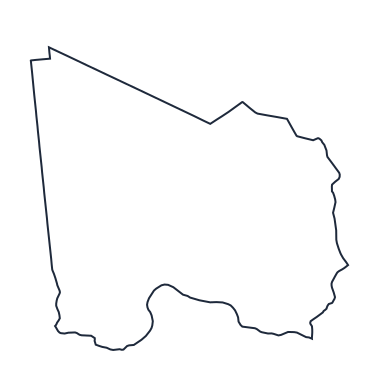 Libya, Natural Earth projection, rotated 175°
{"feature_id": "LBY", "entity_name": "Libya", "entity_type": "country or territory", "adm_level": 0, "iso_a3": "LBY", "parent_name": "Africa", "parent_adm1": "", "projection": "natural_earth1", "projection_center": [17.634, 26.339], "detail": "fine", "context": "isolated", "style": "outline", "palette": "slate", "viewbox_px": 384, "rotation_deg": 175, "n_neighbors": 0, "source": "natural_earth", "source_scale": "50m", "svg_char_len": 2999}
<svg xmlns="http://www.w3.org/2000/svg" viewBox="0 0 384 384"><g transform="rotate(175 192 192)"><path d="M46.9,103.0L49.2,101.8L52.4,100.4L54.0,99.4L54.8,98.5L57.2,95.0L58.5,93.0L60.3,90.3L61.0,88.5L61.1,86.7L60.9,84.6L59.6,79.6L58.7,74.8L59.5,72.9L60.2,72.0L61.7,69.7L62.3,69.2L65.5,68.5L66.8,67.0L67.8,65.1L68.1,64.1L69.5,63.0L71.2,62.0L72.2,60.6L75.6,58.5L78.7,56.6L82.3,54.6L85.0,53.0L85.6,51.6L85.6,50.5L84.2,47.8L84.2,44.6L84.4,41.9L84.6,40.4L85.3,36.0L85.3,35.4L88.1,36.9L91.0,37.5L99.7,42.8L102.4,43.5L108.5,44.2L115.7,41.9L118.4,41.6L123.1,43.6L125.1,44.2L128.6,44.4L134.6,46.2L136.1,46.9L139.5,49.9L141.2,50.8L153.6,53.5L155.2,55.3L156.9,58.8L157.0,63.1L157.9,66.3L159.4,70.3L161.3,73.2L163.3,75.6L165.7,77.1L171.1,79.3L177.3,80.2L183.5,80.5L194.1,83.5L203.1,87.0L205.4,88.8L209.9,90.5L218.9,98.8L223.9,101.6L227.4,102.2L230.6,101.7L236.2,98.8L238.5,97.1L244.1,89.9L245.9,86.2L246.6,83.6L246.4,80.9L245.7,78.5L244.1,76.0L243.0,72.6L242.3,66.7L243.2,62.5L244.2,60.0L245.9,57.5L250.5,52.6L255.2,49.2L263.3,44.7L268.1,44.7L270.1,44.2L274.0,41.0L275.6,40.9L277.8,41.7L284.3,41.5L287.1,42.3L290.6,44.3L294.9,45.5L298.0,46.8L301.2,48.3L302.0,52.2L301.7,53.4L301.6,54.9L305.0,57.6L314.6,58.9L316.5,59.6L319.1,61.6L320.8,62.3L327.4,62.6L331.2,62.1L334.9,62.8L336.2,63.5L337.6,65.2L339.4,69.1L340.1,70.4L339.4,71.0L338.4,72.4L337.8,73.6L336.1,75.6L334.7,77.7L334.8,80.8L335.2,84.0L336.3,87.1L337.2,90.5L337.0,92.7L336.3,95.5L335.5,97.8L332.7,102.5L332.3,103.7L332.5,105.3L334.3,110.9L334.5,112.6L335.6,118.1L336.7,122.6L337.8,126.0L338.0,127.0L338.1,132.1L338.1,137.3L338.2,142.4L338.3,147.6L338.4,152.7L338.5,157.9L338.6,163.0L338.7,168.1L338.8,173.3L338.8,178.4L338.9,183.6L339.0,188.7L339.1,193.8L339.2,199.0L339.3,204.1L339.3,209.3L339.4,214.4L339.5,219.5L339.6,224.7L339.6,229.8L339.7,235.0L339.8,240.1L339.9,245.2L340.0,250.4L340.0,255.5L340.1,260.6L340.2,265.8L340.2,270.9L340.3,276.1L340.4,281.2L340.4,286.3L340.5,291.5L340.7,302.8L340.8,314.2L340.9,325.6L341.1,337.0L340.9,337.1L336.1,337.2L331.3,337.2L326.6,337.2L321.8,337.2L321.8,340.0L321.9,342.9L321.9,345.7L321.9,348.6L312.6,343.2L303.3,337.8L294.1,332.4L284.8,326.9L275.5,321.5L266.3,316.1L257.0,310.7L247.8,305.3L238.5,299.9L229.3,294.5L220.1,289.1L210.9,283.7L201.7,278.3L192.5,272.9L183.3,267.5L174.2,262.0L167.9,258.3L161.0,262.0L155.6,264.8L148.6,268.6L140.4,273.5L134.2,277.2L133.9,277.2L133.6,277.1L127.2,270.7L122.1,265.8L119.9,264.4L110.4,261.8L100.9,259.3L91.0,256.6L89.2,252.6L87.2,248.1L84.6,242.4L83.0,239.0L82.4,238.4L74.8,235.7L66.8,233.0L62.0,234.6L61.2,234.5L59.9,233.5L58.6,232.1L57.9,230.1L56.1,227.5L54.4,221.6L54.3,216.8L54.0,215.1L49.9,208.5L46.2,202.4L43.7,198.3L43.3,196.5L43.6,194.2L44.7,192.2L48.4,189.8L51.8,187.2L52.2,185.4L52.5,180.4L51.5,178.9L50.7,175.9L50.0,171.9L49.9,169.4L51.5,164.3L53.3,159.0L52.3,153.1L51.7,141.2L52.4,131.9L52.1,128.5L51.8,127.1L50.8,122.7L49.5,118.2L48.9,116.6L47.2,112.9L44.4,108.4L42.9,105.6L45.0,104.2L46.9,103.0Z" fill="none" stroke="#1e293b" stroke-width="2"/></g></svg>